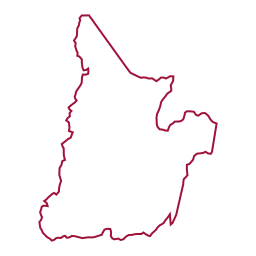 Altamira do Maranhão, Maranhão, Brazil
{"feature_id": "56859067B15453031622784", "entity_name": "Altamira do Maranhão", "entity_type": "district", "adm_level": 2, "iso_a3": "BRA", "parent_name": "Brazil", "parent_adm1": "Maranhão", "projection": "robinson", "projection_center": [-45.508, -4.137], "detail": "fine", "context": "isolated", "style": "outline", "palette": "rose", "viewbox_px": 256, "rotation_deg": 0, "n_neighbors": 0, "source": "geoboundaries", "source_scale": "gbopen_adm2", "svg_char_len": 2644}
<svg xmlns="http://www.w3.org/2000/svg" viewBox="0 0 256 256"><path d="M173.4,76.4L170.2,76.2L168.3,77.3L165.9,78.5L163.3,77.5L161.0,77.6L158.8,79.5L156.4,81.2L152.3,78.4L148.5,78.5L146.0,77.6L143.2,77.4L141.1,77.8L139.0,77.0L130.4,72.8L126.1,67.0L100.3,31.1L98.9,29.2L93.9,22.2L92.6,20.3L90.4,17.5L89.1,15.4L81.7,15.5L79.5,18.3L80.2,20.4L79.4,22.4L78.7,25.8L77.3,28.2L76.8,36.3L74.0,40.6L75.7,43.1L75.2,46.3L76.5,50.4L77.6,52.8L77.3,55.8L79.3,56.5L81.8,59.3L81.8,62.2L82.4,67.3L83.6,70.3L86.1,70.0L88.1,68.6L88.4,71.3L88.1,73.8L86.1,74.6L82.8,74.6L82.0,77.3L81.7,82.8L80.3,85.5L76.2,91.5L75.6,94.1L74.7,96.8L75.4,98.9L76.6,100.6L75.2,102.2L71.4,105.0L68.6,107.5L69.5,109.5L71.4,110.9L69.5,113.3L69.9,116.3L67.5,118.2L66.2,120.4L68.9,122.4L69.5,127.6L69.0,131.0L72.7,132.3L70.6,137.8L68.2,138.9L64.7,141.8L61.8,144.0L62.6,146.5L63.7,148.3L63.8,155.1L64.9,160.0L62.4,161.0L61.3,165.4L59.6,167.8L59.4,171.9L59.3,174.8L61.1,180.9L59.9,184.3L59.1,188.1L58.9,191.6L56.3,194.6L54.2,192.9L52.4,193.8L50.4,195.5L47.8,197.8L46.4,199.5L44.2,201.0L46.8,203.2L47.6,206.1L43.8,205.6L41.8,206.6L41.1,209.5L40.1,212.1L40.9,214.8L42.0,217.1L41.2,219.8L39.4,222.0L39.9,225.5L40.4,228.1L41.6,229.8L42.9,232.9L44.4,234.3L45.9,236.0L47.5,237.4L49.6,238.5L51.8,240.6L54.4,239.7L56.0,238.2L58.3,237.7L60.9,238.0L63.1,236.4L65.0,235.8L66.9,237.8L69.5,237.3L71.7,236.0L74.5,236.1L82.4,238.1L85.3,237.7L88.2,237.3L91.2,237.4L94.1,237.2L98.1,235.9L101.7,234.8L102.9,232.3L104.5,229.6L107.3,228.8L110.3,229.0L111.1,232.1L110.8,236.0L112.2,238.3L114.1,239.3L118.5,238.6L120.6,240.0L123.6,239.2L125.0,237.5L126.6,236.2L128.8,235.0L132.1,234.9L134.7,234.2L136.7,234.0L138.9,234.0L141.4,234.0L143.3,232.5L145.6,234.1L148.2,235.6L150.1,236.1L152.0,233.4L156.0,229.8L157.5,227.5L159.6,225.4L161.5,224.4L163.7,223.0L165.4,220.2L167.2,218.1L168.5,216.3L169.9,214.3L170.7,224.5L172.5,223.0L176.2,214.9L182.7,186.5L183.3,184.2L183.3,182.1L183.8,179.1L186.2,176.7L187.5,175.1L187.1,172.1L186.8,168.4L186.9,164.8L189.5,163.9L193.0,159.8L194.2,155.9L197.0,153.7L202.9,153.0L205.6,151.8L208.0,153.4L210.8,153.8L212.0,151.8L216.6,123.5L212.8,122.0L211.0,120.1L209.7,118.3L208.7,116.3L206.8,114.4L204.6,112.9L201.4,113.4L198.2,115.7L196.0,114.9L193.9,111.8L191.3,111.4L189.1,111.3L186.8,111.3L185.0,112.7L184.5,115.5L183.3,119.2L181.7,120.7L179.2,121.5L174.7,121.6L172.7,123.5L170.3,124.9L169.0,127.2L167.8,130.7L165.2,130.5L162.5,129.6L159.5,129.2L157.4,126.6L156.8,124.3L156.5,117.6L157.0,114.2L158.4,111.2L160.0,107.0L161.3,101.7L163.6,98.5L165.9,95.7L167.1,93.8L168.9,92.5L171.3,90.8L171.2,88.1L170.7,85.3L173.1,81.0L173.4,76.4Z" fill="none" stroke="#9f1239" stroke-width="2"/></svg>